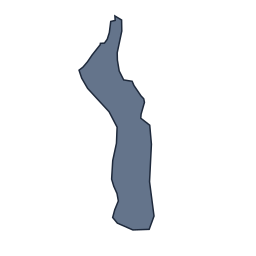 outline of Ayion Oros, rotated 37°
{"feature_id": "GRC-2992", "entity_name": "Ayion Oros", "entity_type": "Autonomous Monastic State", "adm_level": 1, "iso_a3": "GRC", "parent_name": "Greece", "parent_adm1": "", "projection": "equal_earth", "projection_center": [24.14, 40.287], "detail": "fine", "context": "isolated", "style": "filled", "palette": "slate", "viewbox_px": 256, "rotation_deg": 37, "n_neighbors": 0, "source": "natural_earth", "source_scale": "10m", "svg_char_len": 667}
<svg xmlns="http://www.w3.org/2000/svg" viewBox="0 0 256 256"><g transform="rotate(37 128 128)"><path d="M55.0,77.0L58.1,74.4L58.0,69.6L55.7,63.1L50.1,53.3L53.0,49.8L50.1,46.4L57.9,45.6L64.7,54.3L74.1,74.4L78.7,80.2L86.7,87.8L95.6,92.2L103.2,88.2L107.2,90.5L118.9,94.5L123.0,95.2L125.7,97.6L130.1,109.0L132.3,112.5L143.7,112.7L156.5,126.9L177.5,157.9L201.8,182.7L205.9,196.2L193.2,206.5L176.8,210.4L169.6,208.7L166.6,201.2L164.2,192.1L158.6,186.9L151.7,183.1L145.7,178.7L135.4,163.2L128.0,147.2L118.8,133.9L103.1,126.4L72.0,120.7L60.9,116.0L54.1,111.3L55.4,106.5L55.8,99.6L55.4,91.2L55.7,78.3L55.0,77.0Z" fill="#64748b" stroke="#1e293b" stroke-width="1.5"/></g></svg>